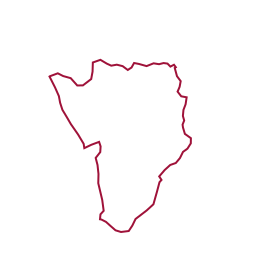 Nässjö, Jönköping, Sweden, rotated 147°
{"feature_id": "70781695B63607124803210", "entity_name": "Nässjö", "entity_type": "district", "adm_level": 2, "iso_a3": "SWE", "parent_name": "Sweden", "parent_adm1": "Jönköping", "projection": "mercator", "projection_center": [14.674, 57.636], "detail": "fine", "context": "isolated", "style": "outline", "palette": "rose", "viewbox_px": 256, "rotation_deg": 147, "n_neighbors": 0, "source": "geoboundaries", "source_scale": "gbopen_adm2", "svg_char_len": 1137}
<svg xmlns="http://www.w3.org/2000/svg" viewBox="0 0 256 256"><g transform="rotate(147 128 128)"><path d="M175.6,134.9L167.9,133.9L159.8,132.1L161.0,127.5L164.4,122.9L171.4,120.5L173.7,113.6L177.8,105.5L183.0,97.9L185.9,89.8L188.8,81.7L193.5,71.8L198.1,70.6L201.2,66.7L200.2,65.8L197.6,61.3L196.1,55.7L194.2,49.0L190.5,44.6L183.5,41.2L177.5,43.8L171.2,47.6L157.1,48.7L148.2,50.2L138.5,58.7L131.1,65.4L128.2,66.2L128.2,70.4L120.1,72.8L112.7,74.0L107.0,72.6L100.8,74.5L94.9,78.0L89.4,78.3L83.7,80.9L80.8,85.2L83.5,92.1L81.6,98.5L80.4,101.1L76.8,103.7L75.4,108.2L71.6,113.0L66.8,116.5L62.1,121.8L66.1,125.6L66.6,131.5L62.3,134.4L58.3,138.6L58.7,144.8L56.1,152.9L54.8,152.9L55.0,156.0L59.0,156.4L59.8,160.5L62.8,163.1L67.2,164.6L71.3,168.3L78.7,169.8L83.9,175.7L87.5,179.2L92.1,176.8L96.6,176.8L98.8,182.8L102.9,187.2L108.1,189.4L110.7,193.5L114.0,200.2L121.8,202.1L127.0,194.6L132.2,189.1L142.6,188.3L147.4,191.3L148.9,201.0L154.1,206.9L157.1,212.1L165.6,214.0L165.7,214.8L167.1,201.7L168.6,192.4L171.2,186.1L173.1,179.0L173.4,170.5L173.8,162.3L173.4,149.7L173.8,138.9L175.6,134.9Z" fill="none" stroke="#9f1239" stroke-width="2"/></g></svg>